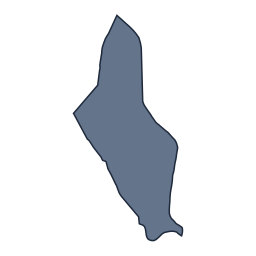 the district of Lejamani, Comayagua, Honduras, rotated 90°
{"feature_id": "27666195B32250373817394", "entity_name": "Lejamani", "entity_type": "district", "adm_level": 2, "iso_a3": "HND", "parent_name": "Honduras", "parent_adm1": "Comayagua", "projection": "mercator", "projection_center": [-87.678, 14.367], "detail": "fine", "context": "isolated", "style": "filled", "palette": "slate", "viewbox_px": 256, "rotation_deg": 90, "n_neighbors": 0, "source": "geoboundaries", "source_scale": "gbopen_adm2", "svg_char_len": 4517}
<svg xmlns="http://www.w3.org/2000/svg" viewBox="0 0 256 256"><g transform="rotate(90 128 128)"><path d="M235.8,74.4L235.4,74.3L235.0,74.2L234.8,74.1L234.6,74.1L233.9,73.9L233.1,73.8L232.7,73.7L232.3,73.6L232.2,73.6L231.9,73.6L231.7,73.6L231.1,73.5L230.1,73.5L229.9,73.5L229.7,73.5L229.4,73.5L229.2,73.6L228.8,73.6L228.7,73.6L228.4,73.7L228.1,73.7L228.0,73.8L227.9,73.8L227.7,73.9L227.5,74.0L227.4,74.1L227.2,74.2L227.1,74.4L227.1,74.5L226.9,74.7L226.5,75.2L226.1,75.8L225.8,76.3L225.5,76.7L225.2,77.2L224.9,77.7L224.4,78.5L224.3,78.8L224.2,78.9L224.2,79.0L223.9,79.4L223.8,79.5L223.7,79.7L223.5,79.9L223.4,80.0L223.2,80.2L223.1,80.3L223.0,80.5L222.9,80.5L222.7,80.7L222.5,80.8L222.4,80.9L222.2,81.1L221.7,81.4L221.5,81.6L221.3,81.8L221.1,82.0L220.9,82.2L220.5,82.5L220.3,82.7L220.1,83.0L219.8,83.2L219.6,83.4L219.5,83.6L219.3,83.8L219.2,83.9L219.0,84.1L218.9,84.2L218.8,84.3L218.7,84.3L218.6,84.5L218.4,84.6L218.2,84.8L217.8,85.0L217.6,85.1L217.4,85.2L217.2,85.3L216.8,85.5L216.6,85.6L216.4,85.7L216.1,85.9L215.8,85.9L215.6,86.0L215.4,86.1L215.2,86.2L214.9,86.3L214.7,86.3L214.2,86.5L213.8,86.5L213.7,86.6L213.4,86.6L213.2,86.7L212.9,86.7L212.7,86.7L212.4,86.7L212.2,86.7L211.3,86.7L209.7,86.7L208.8,86.7L207.3,86.6L205.7,86.5L204.2,86.4L203.2,86.3L202.2,86.2L201.0,86.1L199.7,86.1L198.4,86.0L197.2,86.0L195.9,85.9L194.0,85.7L192.8,85.6L191.0,85.3L190.3,85.2L189.5,85.1L188.5,84.9L187.7,84.7L186.9,84.6L185.8,84.4L184.9,84.3L183.9,84.1L182.4,83.9L180.9,83.7L180.4,83.7L179.8,83.6L179.2,83.6L178.2,83.5L177.7,83.5L177.3,83.5L176.8,83.5L176.4,83.4L175.7,83.3L175.2,83.3L175.0,83.2L174.7,83.2L174.2,83.1L173.9,83.0L173.7,82.9L173.4,82.8L173.1,82.8L172.8,82.6L172.4,82.5L172.0,82.4L171.6,82.3L171.2,82.2L170.9,82.2L170.5,82.1L170.0,82.0L168.9,81.8L167.8,81.7L166.5,81.5L166.0,81.5L165.5,81.4L165.0,81.3L164.2,81.2L162.7,80.9L161.2,80.6L160.0,80.3L158.8,80.1L158.3,80.0L157.8,79.9L157.5,79.9L157.2,79.8L156.7,79.7L156.2,79.7L154.7,79.5L153.3,79.3L152.8,79.2L152.3,79.1L151.8,79.0L151.0,78.9L150.5,78.8L150.0,78.7L149.5,78.6L148.7,78.5L148.5,78.4L148.4,78.4L148.2,78.4L147.9,78.4L147.7,78.4L147.4,78.4L147.2,78.5L146.7,78.5L146.4,78.6L146.1,78.7L145.8,78.7L145.5,78.8L145.2,78.9L144.9,79.0L144.6,79.1L144.0,79.2L143.7,79.4L143.3,79.5L143.0,79.6L142.6,79.8L142.3,79.9L142.0,80.1L141.6,80.2L141.0,80.6L140.9,80.6L140.7,80.7L140.6,80.8L140.4,80.9L140.3,81.0L140.1,81.1L139.9,81.3L139.7,81.4L139.6,81.5L139.3,81.8L138.6,82.4L137.8,83.2L137.1,83.9L136.3,84.6L135.3,85.5L133.7,86.9L133.6,87.0L133.4,87.2L133.2,87.3L133.1,87.5L132.9,87.6L132.7,87.8L132.6,88.0L132.4,88.1L132.3,88.3L132.2,88.4L132.1,88.6L131.9,88.7L131.8,88.9L131.6,89.1L131.4,89.5L131.1,89.9L130.8,90.2L130.5,90.6L130.0,91.2L129.2,92.1L128.3,93.1L127.8,93.8L127.2,94.4L126.8,94.9L126.5,95.3L125.7,96.2L124.8,97.2L124.7,97.4L124.5,97.6L124.3,97.8L124.2,98.0L123.9,98.3L123.8,98.5L123.7,98.7L123.5,98.9L123.4,99.0L123.1,99.4L123.0,99.5L122.9,99.6L122.7,99.8L122.5,100.0L122.4,100.1L122.2,100.2L122.1,100.4L121.9,100.5L120.3,101.6L118.7,102.7L116.7,104.1L115.6,104.8L114.5,105.4L114.4,105.5L114.2,105.6L114.0,105.8L113.8,105.9L113.6,106.1L113.4,106.2L113.3,106.3L113.1,106.4L112.6,106.8L112.0,107.2L111.1,107.8L110.3,108.4L109.8,108.8L109.3,109.1L108.4,109.7L107.5,110.3L106.6,110.9L105.8,111.4L105.5,111.6L105.1,111.8L104.9,111.9L104.8,112.0L104.7,112.0L104.3,112.2L104.1,112.3L103.8,112.4L103.7,112.5L103.3,112.6L102.9,112.8L102.7,112.8L102.4,113.0L102.2,113.0L101.8,113.1L101.4,113.2L101.1,113.3L48.5,114.7L46.2,115.0L42.6,115.7L40.6,116.3L37.5,117.2L36.1,118.3L34.4,119.4L30.8,122.4L27.6,125.5L21.0,132.8L15.4,139.1L23.2,142.7L33.4,147.4L36.4,149.3L38.7,150.6L42.3,152.0L47.1,153.6L49.4,154.0L51.4,154.2L53.2,154.3L54.9,154.6L64.4,156.1L65.8,156.1L67.0,156.1L67.9,156.0L68.8,156.0L69.5,156.3L85.2,158.3L113.4,182.5L113.5,182.4L116.3,180.9L139.2,168.6L139.9,167.6L140.7,166.8L142.0,165.9L147.2,162.6L153.7,157.6L156.6,155.3L157.5,154.7L158.9,154.1L160.1,153.5L160.5,152.9L160.8,151.9L161.0,151.5L161.1,150.8L161.3,150.4L162.2,149.7L163.5,149.5L165.2,149.0L167.4,148.4L168.7,148.1L174.6,144.9L184.0,140.4L185.8,139.4L188.1,138.6L192.7,136.9L194.6,135.8L196.6,134.4L199.8,131.7L216.8,117.4L223.8,116.7L224.6,114.6L225.2,113.0L226.5,111.6L228.2,110.8L230.8,110.3L233.6,109.9L235.7,109.6L237.8,108.8L239.2,107.8L240.0,106.3L240.6,104.2L240.6,102.1L239.4,99.7L238.2,98.4L236.9,96.9L235.7,95.7L233.9,93.9L232.5,91.6L231.5,87.2L231.2,84.2L231.4,81.6L232.1,79.3L233.5,77.9L234.4,76.6L235.1,75.7L235.8,74.4Z" fill="#64748b" stroke="#1e293b" stroke-width="1.5"/></g></svg>